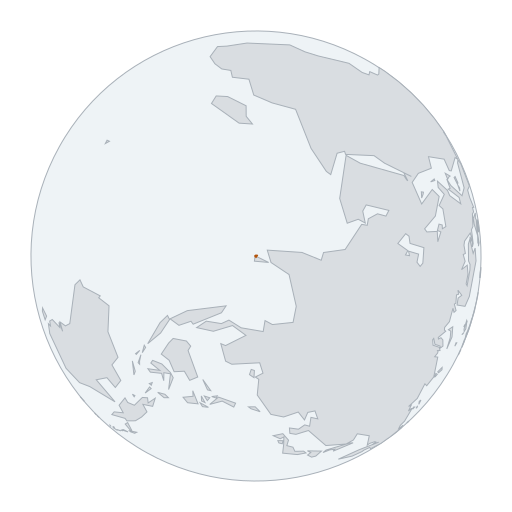 the Earth from above Gālla, rotated 119°
{"feature_id": "LKA-2464", "entity_name": "Gālla", "entity_type": "District", "adm_level": 1, "iso_a3": "LKA", "parent_name": "Sri Lanka", "parent_adm1": "", "projection": "orthographic", "projection_center": [80.274, 6.202], "detail": "coarse", "context": "on_globe", "style": "filled", "palette": "amber", "viewbox_px": 512, "rotation_deg": 119, "n_neighbors": 0, "source": "natural_earth", "source_scale": "10m", "svg_char_len": 8585}
<svg xmlns="http://www.w3.org/2000/svg" viewBox="0 0 512 512"><g transform="rotate(119 256 256)"><circle cx="256" cy="256" r="225" fill="#eef3f6" stroke="#a8b0b8"/><path d="M347.0,49.9L345.5,49.3L349.9,51.3L335.7,45.5L342.1,47.8L347.0,49.9ZM328.4,42.9L326.2,42.2L326.7,42.3L328.4,42.9ZM56.4,151.5L73.6,126.4L73.4,129.6L86.9,126.5L87.6,128.4L80.1,138.4L85.5,153.3L94.2,145.2L105.0,154.1L115.9,155.1L130.2,136.3L112.4,134.1L115.1,124.7L134.1,118.5L150.5,121.7L152.1,118.2L146.6,109.4L155.4,103.9L145.3,106.0L145.7,109.7L139.4,111.4L138.6,108.2L141.8,106.2L138.2,104.2L124.2,115.4L123.1,120.3L110.8,121.2L107.7,129.9L102.6,133.5L105.8,120.3L109.3,115.8L111.1,102.2L106.3,106.8L104.3,120.3L102.7,119.0L96.2,126.5L99.9,119.8L103.4,105.0L95.5,107.0L76.9,124.8L74.1,126.0L75.8,121.9L91.3,103.3L95.7,102.9L101.3,97.4L107.9,89.2L108.6,90.2L111.9,87.1L114.3,87.1L125.0,80.6L128.5,80.3L139.8,72.1L143.2,71.1L135.5,76.1L132.1,79.8L141.8,80.8L145.8,79.3L152.3,74.1L154.2,75.5L159.3,70.5L168.3,69.6L161.6,66.8L169.1,61.8L178.5,58.7L179.7,56.9L164.6,62.1L159.6,64.7L157.3,67.7L142.7,76.0L137.8,77.1L148.5,67.3L142.8,68.2L153.6,61.2L188.0,49.8L198.7,48.8L201.4,56.4L194.8,58.8L190.6,57.0L188.0,62.8L191.3,60.3L192.8,61.8L200.4,58.3L201.9,59.2L206.7,54.6L209.3,55.5L206.2,58.4L219.7,55.0L227.0,56.4L229.4,55.3L229.8,53.6L238.9,57.1L240.2,56.2L237.8,54.6L238.8,51.9L244.2,48.8L247.0,50.1L245.5,51.4L246.5,56.7L241.9,60.6L243.6,60.9L248.2,57.9L247.0,51.4L249.5,49.2L251.0,51.9L250.7,50.7L252.8,50.1L257.5,50.9L256.3,48.0L275.6,41.9L286.7,43.8L285.9,46.3L302.4,45.9L313.6,49.6L311.3,47.9L317.7,47.5L314.3,46.3L313.6,45.6L328.4,46.0L334.1,47.7L337.8,47.5L336.7,46.8L332.7,45.4L335.7,45.5L349.9,51.3L351.9,52.4L359.4,55.9L362.8,58.2L369.0,62.3L368.3,63.7L373.3,67.4L375.7,68.5L384.4,74.9L393.8,85.5L375.6,72.0L359.3,58.4L365.0,63.1L360.6,60.9L360.7,62.0L365.0,65.9L367.5,67.0L358.3,69.8L362.4,81.2L369.7,81.6L376.8,86.1L387.9,103.0L383.2,125.5L392.6,134.6L394.7,140.4L390.2,143.4L386.9,134.9L380.1,131.5L378.9,126.6L370.5,129.7L368.5,123.0L362.9,129.3L367.7,134.9L375.9,134.1L372.0,143.4L383.4,153.8L387.3,166.2L377.0,187.5L362.5,193.8L362.2,197.9L355.1,193.1L347.6,201.0L362.4,224.7L362.7,231.6L349.7,244.3L349.1,239.2L330.3,226.3L328.2,242.8L342.5,256.8L347.4,273.2L337.1,267.9L331.9,253.5L325.2,248.6L326.0,234.2L318.6,213.1L308.1,216.8L308.0,208.4L296.1,191.4L280.5,196.4L256.2,218.1L254.4,239.7L245.4,249.0L230.6,217.5L228.1,196.9L220.2,198.6L207.1,181.2L177.1,178.9L175.2,173.6L169.0,175.8L160.2,170.2L158.1,161.7L151.7,161.9L157.9,184.4L165.0,184.4L174.2,176.4L174.3,184.4L183.1,192.1L165.1,210.7L124.3,226.0L124.3,209.8L113.9,165.7L116.4,161.1L116.5,160.6L116.6,159.7L111.6,167.0L111.1,158.7L112.5,188.5L111.0,201.4L123.7,226.9L121.5,229.3L126.8,234.9L148.6,230.1L147.9,235.5L135.2,260.0L108.5,292.5L114.3,316.2L116.3,336.0L104.8,347.9L111.1,363.3L105.9,368.0L109.0,376.6L107.8,385.1L103.9,392.8L91.5,391.2L86.6,383.3L74.1,367.1L55.0,328.8L53.7,312.2L50.9,298.7L42.4,268.1L44.0,252.1L42.8,245.0L39.6,245.9L38.8,237.4L37.3,236.8L31.5,239.7L32.0,232.4L34.4,215.6L38.1,199.0L43.0,182.7L49.1,166.9L56.4,151.5ZM58.7,148.4L56.5,152.4L58.7,148.4ZM163.9,135.9L176.3,138.0L177.7,125.8L182.6,125.8L181.3,121.9L177.8,124.9L175.5,114.7L183.4,112.2L185.5,107.4L181.4,106.6L167.3,113.2L170.3,127.4L164.5,131.8L163.9,135.9ZM127.3,72.8L125.7,74.5L121.2,77.7L116.7,79.9L123.2,75.1L127.3,72.8ZM124.5,76.5L136.3,67.3L139.6,66.2L135.7,68.3L136.7,68.5L130.8,72.0L122.3,80.7L117.8,84.2L112.0,85.1L116.4,82.6L117.7,80.7L124.5,76.5ZM166.0,49.5L166.3,49.9L161.5,52.1L156.7,53.9L159.5,52.4L159.8,52.3L160.8,51.8L163.9,50.4L166.0,49.5ZM236.2,31.6L229.2,32.4L232.9,32.0L233.5,32.3L228.0,33.2L227.7,32.9L221.9,34.5L218.2,34.6L217.8,34.8L212.7,35.5L205.9,37.0L205.0,36.9L202.7,37.6L199.3,38.3L195.9,39.3L193.2,39.8L188.7,41.2L190.0,40.7L183.0,43.0L187.0,41.6L183.0,42.9L181.3,43.6L179.9,44.0L198.3,38.2L217.1,34.1L236.2,31.6ZM244.6,31.0L244.0,31.0L238.3,31.4L244.6,31.0ZM92.0,125.0L93.2,125.6L95.9,125.6L91.9,130.6L92.0,125.0ZM94.1,114.9L95.7,114.4L91.3,120.8L90.0,120.4L94.1,114.9ZM100.4,109.1L96.1,113.9L97.7,111.0L100.4,109.1ZM137.4,75.6L139.6,75.2L138.4,76.4L135.4,78.2L137.4,75.6ZM210.1,40.5L210.9,39.6L212.4,39.3L218.0,37.2L221.2,37.3L219.1,38.6L210.1,40.5ZM125.0,139.2L119.7,142.5L119.0,140.5L121.0,139.8L125.0,139.2ZM103.3,136.2L106.5,139.2L102.2,137.5L103.3,136.2ZM214.6,40.2L216.5,39.2L216.9,39.9L214.6,40.2ZM223.9,37.3L225.0,37.9L222.3,37.1L223.9,37.3ZM226.7,439.8L230.7,442.3L226.9,442.4L226.7,439.8ZM148.0,335.2L144.2,368.9L135.3,368.4L130.3,358.1L129.4,337.5L138.6,332.3L142.3,323.1L148.0,335.2ZM394.9,311.9L400.1,313.0L399.8,314.0L394.9,311.9ZM389.5,308.2L395.7,308.6L388.2,310.5L389.5,308.2ZM398.1,308.8L404.3,306.9L407.1,305.3L406.4,307.4L398.1,308.8ZM385.2,308.2L360.8,307.6L350.9,304.6L353.5,300.8L369.6,302.1L385.2,308.2ZM352.6,300.7L337.1,289.6L314.1,258.0L322.4,258.7L346.1,277.9L344.6,281.2L354.0,289.8L352.6,300.7ZM389.3,281.4L387.7,291.3L374.5,290.2L368.3,288.5L364.1,275.7L366.5,269.4L371.6,269.6L390.1,248.3L396.9,253.7L391.5,262.8L396.9,271.5L389.3,281.4ZM255.5,241.8L261.3,254.9L256.3,256.9L255.5,241.8ZM396.6,233.5L389.8,242.7L395.7,230.3L396.6,233.5ZM399.5,221.9L400.4,226.6L397.0,222.0L399.5,221.9ZM362.9,204.2L357.5,205.2L356.9,201.9L363.4,198.8L362.9,204.2ZM390.2,176.9L392.0,186.2L391.6,189.4L388.3,183.6L390.2,176.9ZM244.8,44.1L233.4,46.5L227.3,49.2L227.2,52.0L222.5,49.6L231.8,45.3L244.8,44.1ZM271.5,41.8L271.5,40.1L274.7,40.7L275.2,41.2L271.5,41.8ZM269.2,40.9L263.2,39.2L265.3,38.2L269.6,39.7L269.2,40.9ZM238.5,38.4L234.9,39.0L234.6,38.3L238.5,38.4ZM404.9,417.5L410.1,410.0L414.0,409.5L407.8,416.1L404.9,417.5ZM405.4,386.1L368.9,400.4L362.2,398.4L366.8,392.1L366.4,372.9L368.8,373.3L370.8,360.4L394.0,348.8L411.5,327.6L421.1,329.2L430.4,313.9L439.2,315.3L434.7,327.4L441.7,335.7L451.9,308.6L450.8,338.1L452.3,348.9L446.3,367.7L423.8,398.8L415.9,404.7L416.8,401.8L412.9,404.9L410.3,403.4L413.6,393.1L409.5,396.2L415.6,388.6L408.7,395.4L409.5,388.8L405.4,386.1ZM466.3,335.5L466.2,336.4L464.3,341.7L464.6,340.6L466.3,335.5ZM472.4,318.6L471.8,320.5L471.6,321.1L472.4,318.6ZM472.5,317.9L473.3,315.0L472.5,318.0L472.5,317.9ZM474.8,301.6L475.3,300.1L475.2,301.3L474.8,301.6ZM407.7,313.3L415.4,305.7L419.2,305.1L407.7,313.3ZM474.9,298.3L474.3,297.9L474.6,296.4L474.9,298.3ZM475.5,294.7L475.7,292.5L475.4,297.7L475.5,294.7ZM474.6,289.5L475.2,293.6L474.5,290.0L474.6,289.5ZM473.9,290.0L473.3,288.1L473.4,287.5L473.9,290.0ZM461.5,291.8L464.6,305.2L461.1,304.5L457.5,296.1L452.9,303.4L443.6,301.8L446.3,297.2L445.5,290.0L434.8,286.8L432.6,282.1L436.8,279.1L429.2,275.2L437.6,273.5L440.6,283.0L445.2,275.8L452.3,278.0L458.6,281.6L462.8,289.0L461.5,291.8ZM436.8,294.2L438.2,294.3L436.8,297.1L436.8,294.2ZM471.9,282.6L472.9,287.5L472.7,288.6L472.1,287.8L471.9,282.6ZM463.9,287.5L468.8,280.1L469.7,280.3L466.4,288.9L463.9,287.5ZM468.0,274.9L469.9,276.2L470.6,280.7L470.2,281.9L468.0,274.9ZM419.8,284.9L419.3,287.5L417.0,285.4L419.8,284.9ZM422.8,283.4L429.6,286.5L422.1,285.6L422.8,283.4ZM400.5,273.7L402.7,280.0L409.8,276.2L404.4,281.7L408.8,292.1L407.0,295.9L402.7,284.7L400.6,296.1L397.4,295.8L396.1,286.0L399.5,274.2L402.6,269.4L415.2,267.7L400.5,273.7ZM422.9,275.9L421.1,268.6L422.4,263.9L424.5,267.7L422.9,275.9ZM414.9,251.3L409.2,243.0L404.5,246.0L413.4,235.0L417.5,244.7L414.9,251.3ZM409.2,233.3L404.9,236.0L408.9,229.6L409.2,233.3ZM403.5,233.3L402.4,227.7L406.1,228.5L403.5,233.3ZM411.5,233.7L411.4,224.2L413.7,229.8L411.5,233.7ZM399.3,215.2L408.2,224.5L397.6,220.4L394.6,202.5L398.9,202.2L399.3,215.2ZM406.9,147.4L404.4,142.8L407.5,142.0L408.4,145.4L406.9,147.4ZM415.5,137.1L407.5,140.4L400.7,143.9L404.1,146.2L404.8,153.8L398.4,146.4L401.3,138.3L406.9,137.1L405.3,131.0L408.0,127.3L403.6,119.7L404.0,116.8L409.6,123.5L415.5,137.1ZM401.5,116.6L394.9,104.2L402.0,106.7L405.0,109.9L405.1,114.4L401.3,112.8L401.5,116.6ZM395.4,102.1L391.7,100.6L374.2,83.4L372.3,80.5L389.3,93.9L386.8,93.4L389.8,97.5L395.4,102.1ZM328.2,43.0L326.4,42.3L328.9,43.1L328.2,43.0ZM311.6,44.9L311.2,44.1L314.1,44.7L311.6,44.9ZM311.6,42.3L308.6,42.0L310.6,41.7L311.6,42.3ZM302.0,41.9L306.8,41.7L303.9,42.8L302.0,41.9Z" fill="#d9dde1" stroke="#a8b0b8" stroke-width="1"/><path d="M256.4,256.9L256.2,256.9L255.9,256.8L255.8,256.7L255.7,256.7L255.3,256.3L255.1,255.7L255.0,255.4L254.9,255.2L255.0,255.1L255.3,255.3L255.5,255.4L255.9,255.3L256.1,255.5L256.1,255.3L256.3,255.2L256.5,255.2L256.8,255.3L256.7,255.4L256.8,255.6L256.7,255.6L256.4,255.5L256.6,255.7L256.6,255.9L256.4,255.9L256.5,256.0L256.4,256.2L256.5,256.3L256.5,256.6L256.5,256.8L256.4,256.8L256.4,256.9Z" fill="#f59e0b" stroke="#b45309" stroke-width="1.5"/></g></svg>